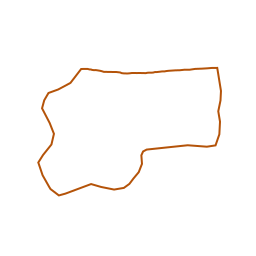 Parque del Plata, Canelones, Uruguay (Robinson projection), rotated 200°
{"feature_id": "84410073B26612112301697", "entity_name": "Parque del Plata", "entity_type": "district", "adm_level": 2, "iso_a3": "URY", "parent_name": "Uruguay", "parent_adm1": "Canelones", "projection": "robinson", "projection_center": [-55.721, -34.756], "detail": "fine", "context": "isolated", "style": "outline", "palette": "amber", "viewbox_px": 256, "rotation_deg": 200, "n_neighbors": 0, "source": "geoboundaries", "source_scale": "gbopen_adm2", "svg_char_len": 1233}
<svg xmlns="http://www.w3.org/2000/svg" viewBox="0 0 256 256"><g transform="rotate(200 128 128)"><path d="M64.7,215.0L68.4,213.6L70.0,213.0L73.9,211.2L78.5,209.2L85.1,206.5L90.1,203.8L94.6,202.2L99.5,199.8L102.7,198.6L109.5,195.6L111.3,194.7L113.0,193.7L114.3,193.2L115.6,192.7L116.7,192.1L117.9,191.5L118.9,191.0L119.9,190.5L120.9,190.1L121.6,189.9L122.5,189.3L123.3,188.7L124.7,188.1L126.0,187.6L127.4,187.1L128.9,186.4L130.1,185.6L132.0,185.0L134.0,184.3L135.8,183.7L138.4,182.7L141.0,181.8L143.0,181.1L145.1,180.0L146.6,179.3L147.9,178.8L148.8,178.5L150.6,177.9L152.7,177.4L154.4,177.5L158.2,176.6L162.7,175.0L169.9,172.5L172.2,172.4L173.9,172.2L176.1,171.8L178.1,171.4L179.8,170.7L181.7,170.3L182.9,170.3L184.1,169.9L186.1,169.7L189.5,168.5L192.2,167.4L197.5,150.7L206.8,140.3L214.7,133.7L216.2,125.4L215.5,117.1L203.3,105.9L195.6,97.2L194.3,86.3L198.6,73.6L200.5,64.9L192.1,54.4L181.8,45.6L179.9,44.1L169.9,41.0L164.4,44.9L148.8,58.2L143.5,62.7L133.1,63.4L120.0,65.4L111.4,70.3L107.6,75.9L105.6,82.4L102.8,90.2L102.6,99.1L106.1,106.9L105.8,111.1L103.1,114.1L85.3,122.8L66.0,132.2L47.5,137.4L39.8,141.6L40.0,153.3L43.7,165.4L48.9,174.6L50.5,185.5L53.3,194.6L64.7,215.0Z" fill="none" stroke="#b45309" stroke-width="2"/></g></svg>